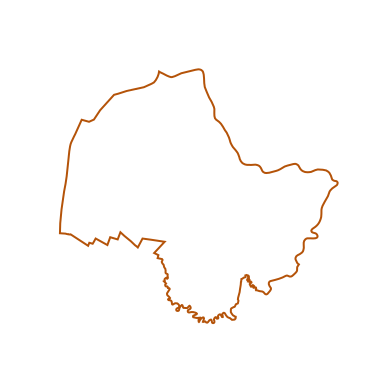 the district of Tran De, Sóc Trăng, Vietnam, rotated 209°
{"feature_id": "81297802B35680204276393", "entity_name": "Tran De", "entity_type": "district", "adm_level": 2, "iso_a3": "VNM", "parent_name": "Vietnam", "parent_adm1": "Sóc Trăng", "projection": "natural_earth1", "projection_center": [106.042, 9.495], "detail": "fine", "context": "isolated", "style": "outline", "palette": "amber", "viewbox_px": 384, "rotation_deg": 209, "n_neighbors": 0, "source": "geoboundaries", "source_scale": "gbopen_adm2", "svg_char_len": 5837}
<svg xmlns="http://www.w3.org/2000/svg" viewBox="0 0 384 384"><g transform="rotate(209 192 192)"><path d="M287.5,91.9L282.6,94.2L280.3,94.8L279.7,95.2L279.0,95.2L278.2,95.7L277.8,95.8L277.6,96.1L256.8,94.6L257.2,97.8L253.8,98.6L253.7,100.7L253.7,104.6L240.3,104.6L241.6,112.8L234.0,114.5L235.1,122.1L229.8,120.8L221.6,119.3L215.9,117.8L214.1,117.6L212.5,117.2L212.7,127.3L204.7,130.4L191.8,135.2L195.5,120.3L190.8,120.5L190.0,117.5L185.7,118.8L184.9,118.4L184.7,117.8L184.7,116.5L184.2,115.8L182.9,115.0L181.7,114.7L179.8,112.7L178.0,111.8L177.7,111.3L177.1,110.7L176.2,108.9L175.8,108.4L175.3,108.2L173.7,108.3L173.3,108.1L172.7,106.8L171.7,105.6L171.4,105.0L171.5,104.5L171.7,104.1L172.9,104.5L173.3,103.9L173.7,102.8L173.6,102.2L173.4,101.8L172.7,101.1L173.3,100.3L170.3,99.4L170.5,97.9L170.1,97.3L169.6,96.9L169.1,96.8L168.0,97.4L167.7,97.4L167.2,97.2L167.1,96.8L166.5,96.3L165.2,96.8L164.6,96.5L164.4,96.1L164.7,91.6L164.5,90.8L164.0,90.2L163.4,89.7L161.5,89.3L159.8,88.6L159.8,88.3L160.8,87.0L160.9,86.5L160.7,86.3L160.1,86.1L158.2,86.8L157.3,86.7L156.6,86.2L155.0,84.2L154.6,84.1L154.2,84.3L153.0,86.3L152.3,86.8L150.9,87.4L150.5,87.4L149.2,87.1L148.0,86.4L147.5,85.1L147.8,84.2L148.6,83.1L148.9,82.5L148.8,81.5L148.4,81.0L148.1,80.8L147.5,80.8L146.7,81.1L146.4,81.4L146.1,81.9L146.1,82.4L146.7,84.6L146.7,85.4L146.6,86.8L146.1,88.2L145.8,88.3L145.3,88.2L143.8,86.7L143.5,86.6L143.0,86.6L142.3,87.1L141.8,87.2L140.6,87.8L139.9,88.3L139.2,91.0L139.0,91.3L138.7,91.3L137.4,90.6L136.9,89.9L136.9,89.0L137.0,88.7L138.0,87.1L138.2,86.6L138.0,85.8L137.5,85.2L136.9,85.0L136.1,85.2L134.2,86.8L132.9,87.5L130.7,88.1L129.4,88.2L128.7,87.9L128.7,87.3L130.9,84.4L130.8,83.7L130.4,83.2L130.1,83.1L127.1,84.0L126.1,84.5L123.9,86.1L123.7,86.0L123.7,85.6L124.3,84.0L124.3,83.3L123.3,81.8L122.9,81.7L122.8,82.0L123.0,83.4L122.6,85.9L122.3,86.7L121.5,87.7L120.9,87.8L120.2,87.2L119.8,85.6L119.5,83.7L119.4,83.7L118.6,84.3L118.0,85.0L117.6,85.2L116.3,84.8L115.4,85.1L115.0,85.7L114.6,88.2L114.0,89.2L113.5,89.6L112.7,89.3L111.1,87.5L110.3,87.4L109.6,87.8L109.3,88.4L109.3,89.0L109.8,89.9L111.0,91.1L111.2,92.3L111.1,93.2L110.9,93.6L110.5,94.1L110.2,94.1L109.4,93.4L108.8,93.3L108.3,93.6L107.9,94.0L107.9,94.6L108.9,95.6L109.2,96.6L109.1,97.2L108.7,98.1L108.3,98.5L107.8,98.6L107.0,98.3L105.1,97.2L104.8,97.3L104.5,97.5L104.7,98.0L106.0,99.5L106.3,100.0L106.2,100.9L105.6,101.8L105.1,101.9L104.4,101.8L102.4,100.6L100.3,99.8L98.6,99.9L97.9,100.1L95.0,99.6L94.6,99.9L93.2,100.8L92.8,101.3L92.6,102.2L92.7,103.0L93.3,104.1L94.3,103.8L94.8,104.0L96.4,104.0L98.4,104.9L99.8,105.8L100.5,107.0L101.2,108.5L101.2,109.2L101.0,109.6L99.8,111.5L99.1,112.2L99.0,113.0L99.2,115.0L97.9,116.8L98.4,118.6L98.8,119.6L99.8,120.3L100.4,121.9L101.8,127.5L102.9,130.3L104.4,134.5L105.6,137.1L105.5,137.3L106.6,139.9L105.9,140.6L105.3,142.1L104.6,142.7L104.0,143.5L104.4,144.3L104.9,144.9L104.1,145.8L103.7,145.7L102.9,146.2L102.4,146.1L102.1,145.3L101.9,145.1L101.6,145.1L101.2,145.5L100.4,144.2L101.2,143.6L101.4,143.4L101.2,142.7L101.2,141.8L100.6,141.5L100.1,141.6L99.8,142.9L99.4,143.2L99.1,143.1L98.9,142.6L99.2,141.0L98.1,141.3L97.2,142.2L96.2,141.9L96.1,141.5L96.9,140.1L96.9,139.5L96.5,139.0L95.8,138.7L94.7,137.8L94.4,137.8L94.1,138.2L94.0,139.8L93.6,140.1L92.4,139.9L92.4,138.4L91.9,138.1L91.4,138.2L90.9,139.3L90.0,139.0L89.6,139.3L89.0,138.6L88.8,137.4L88.4,137.1L87.7,137.5L85.0,138.0L82.4,139.0L81.7,139.1L80.7,139.0L78.8,138.3L78.1,138.3L77.5,138.4L77.0,138.9L76.6,139.5L75.8,143.5L75.8,145.1L76.0,145.6L76.4,146.2L78.8,147.5L80.1,148.6L80.7,149.7L80.8,150.6L80.7,151.3L80.1,152.2L76.8,155.3L74.0,158.1L71.4,161.1L69.5,163.9L68.8,164.7L68.1,165.1L65.6,165.4L64.5,166.0L63.8,166.9L63.2,168.4L62.3,171.2L62.0,172.6L61.9,173.4L62.1,174.4L63.3,176.7L63.6,177.5L63.4,180.5L64.4,180.6L65.6,181.0L68.7,183.2L69.2,183.9L69.5,184.6L69.6,185.6L69.6,186.4L69.0,187.9L67.7,189.8L66.7,191.8L66.4,192.6L66.2,193.9L66.4,195.1L67.1,197.3L69.0,200.5L69.8,202.0L70.2,203.8L69.9,205.6L69.4,206.6L68.7,207.4L63.1,210.4L61.5,211.5L60.7,212.5L60.5,213.2L60.6,213.8L60.8,214.3L61.4,214.9L62.2,215.4L63.1,215.7L64.1,215.7L66.6,215.1L67.8,215.1L68.6,215.7L68.9,216.0L69.0,216.6L68.9,217.7L68.6,218.5L67.2,221.4L66.6,223.1L66.2,224.8L66.0,226.8L66.1,228.8L66.4,230.8L66.9,232.8L68.2,235.6L70.1,239.1L70.7,240.8L71.1,243.2L71.2,247.5L71.1,254.3L71.9,259.1L71.8,260.4L71.1,263.1L68.8,267.9L68.6,268.6L68.7,269.6L69.0,270.6L69.7,271.2L70.8,271.5L72.9,270.8L73.8,270.7L75.1,270.8L75.7,271.1L78.5,273.7L81.2,275.4L82.8,275.8L85.1,275.9L88.3,274.9L92.9,272.7L94.7,271.0L97.6,267.3L99.5,265.9L100.7,265.2L102.8,264.3L104.9,264.0L106.6,264.1L108.4,264.7L111.9,266.8L113.1,267.0L114.8,266.9L115.5,266.6L117.0,265.5L121.3,261.4L123.3,259.2L125.9,254.7L127.4,252.6L128.7,251.2L133.8,246.3L136.4,244.5L137.9,244.0L139.8,244.1L141.0,244.7L143.2,246.3L144.8,247.1L146.1,247.4L147.6,247.3L149.1,246.9L149.9,246.6L153.3,244.4L157.3,242.3L159.0,241.8L161.0,241.7L162.1,241.8L164.2,242.6L164.9,243.1L166.2,244.0L167.4,245.3L169.7,247.3L171.2,248.4L174.1,249.7L177.9,251.1L179.5,252.0L181.5,253.3L182.6,254.2L184.6,256.2L186.1,257.6L190.4,260.7L193.3,262.1L196.4,264.0L199.7,265.7L202.3,266.5L206.1,267.0L207.7,267.7L209.2,269.3L210.6,271.6L212.7,275.5L214.2,277.1L218.3,280.2L222.9,283.0L227.8,286.8L231.7,290.0L234.1,293.2L236.6,297.3L238.7,300.4L240.5,302.3L241.5,302.9L243.1,303.2L244.4,303.0L245.9,302.4L248.3,300.5L258.9,290.7L263.1,285.0L265.0,283.0L266.0,282.3L267.8,281.9L270.5,281.6L274.9,281.5L277.9,281.3L279.2,281.4L278.4,279.0L277.9,275.9L277.9,272.3L278.4,269.4L279.8,267.1L284.9,260.3L298.0,248.8L304.2,242.2L307.3,239.2L312.0,219.0L312.9,207.8L316.1,203.5L323.5,201.7L322.2,186.0L322.1,183.1L321.7,177.0L321.4,175.1L320.8,172.9L319.1,168.2L314.5,157.4L309.2,144.9L306.5,137.7L304.2,130.7L297.7,113.6L292.1,100.8L287.5,91.9Z" fill="none" stroke="#b45309" stroke-width="2"/></g></svg>